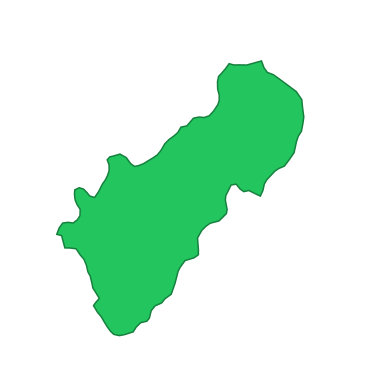 Umbuzeiro, Paraíba, Brazil, rotated 332°
{"feature_id": "56859067B44750581853344", "entity_name": "Umbuzeiro", "entity_type": "district", "adm_level": 2, "iso_a3": "BRA", "parent_name": "Brazil", "parent_adm1": "Paraíba", "projection": "robinson", "projection_center": [-35.745, -7.683], "detail": "fine", "context": "isolated", "style": "filled", "palette": "green", "viewbox_px": 384, "rotation_deg": 332, "n_neighbors": 0, "source": "geoboundaries", "source_scale": "gbopen_adm2", "svg_char_len": 1827}
<svg xmlns="http://www.w3.org/2000/svg" viewBox="0 0 384 384"><g transform="rotate(332 192 192)"><path d="M212.7,129.5L207.5,132.8L201.9,134.1L196.7,134.8L190.7,136.6L184.3,140.6L179.0,142.9L174.3,143.5L168.8,143.8L162.2,144.2L157.1,143.6L153.3,142.4L151.2,138.3L150.1,130.7L146.2,124.7L139.9,123.4L135.9,122.4L132.2,123.8L131.6,128.9L128.9,134.2L124.7,138.2L121.1,140.7L117.0,142.7L109.6,147.9L103.5,151.1L99.8,147.5L99.0,143.2L97.6,138.5L94.5,135.3L89.5,135.1L87.1,138.9L85.1,144.1L84.6,149.2L85.1,154.8L82.0,160.3L77.7,162.7L72.5,163.6L68.4,160.6L63.2,158.7L57.7,161.5L52.7,165.9L56.4,169.3L55.4,173.5L53.5,181.7L57.7,184.0L63.0,187.7L63.8,195.4L65.0,200.6L64.4,207.0L62.6,213.6L62.6,218.7L61.0,224.9L59.4,230.2L59.9,236.6L60.2,242.4L55.0,244.4L51.7,246.1L52.1,253.9L53.3,259.6L53.5,264.9L53.9,271.4L54.7,276.8L56.1,281.0L60.4,284.7L65.6,286.3L74.4,287.9L79.3,285.1L85.3,283.3L91.5,284.9L95.2,283.3L100.2,277.7L105.9,275.2L113.2,275.7L118.0,273.6L125.7,272.5L134.4,264.4L142.5,255.5L146.2,252.9L153.7,249.3L163.0,251.1L168.2,250.4L170.6,245.9L175.3,235.2L182.6,230.5L188.2,228.8L193.3,228.1L202.2,230.2L206.5,229.0L212.2,227.2L214.8,224.0L217.6,214.9L220.1,211.1L229.8,204.2L234.7,205.8L235.8,211.8L237.9,216.0L242.9,217.4L248.0,224.5L250.4,227.7L255.5,223.8L259.5,219.0L263.6,216.4L269.7,214.3L275.0,212.5L279.5,212.0L285.8,212.5L292.3,209.5L300.6,205.2L308.1,196.3L312.1,192.6L317.1,189.8L322.3,183.3L325.9,178.3L329.4,169.0L332.3,162.0L331.7,156.5L331.2,152.3L322.3,133.5L318.9,126.6L314.7,121.8L313.9,116.2L314.9,108.9L300.0,105.6L293.1,101.8L288.6,99.5L285.0,96.1L279.8,98.7L274.3,100.9L269.8,102.4L266.4,106.4L263.0,113.1L261.5,119.3L258.9,124.0L256.0,126.9L249.0,130.7L242.9,132.8L237.7,131.9L233.4,129.1L227.9,127.5L223.1,129.4L218.4,131.2L212.7,129.5Z" fill="#22c55e" stroke="#15803d" stroke-width="1.5"/></g></svg>